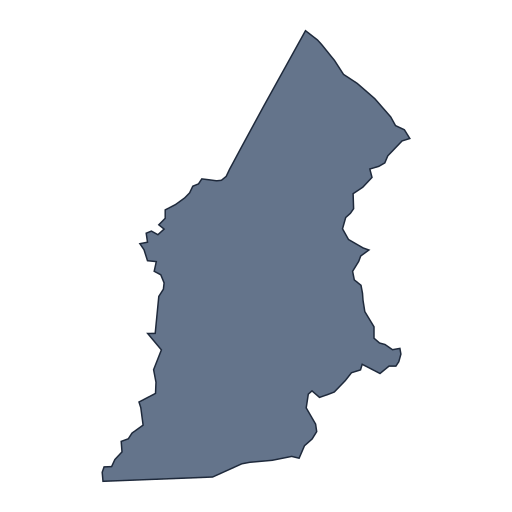 the district of Morro Redondo, Rio Grande do Sul, Brazil
{"feature_id": "56859067B73555987690660", "entity_name": "Morro Redondo", "entity_type": "district", "adm_level": 2, "iso_a3": "BRA", "parent_name": "Brazil", "parent_adm1": "Rio Grande do Sul", "projection": "albers", "projection_center": [-52.634, -31.623], "detail": "fine", "context": "isolated", "style": "filled", "palette": "slate", "viewbox_px": 512, "rotation_deg": 0, "n_neighbors": 0, "source": "geoboundaries", "source_scale": "gbopen_adm2", "svg_char_len": 1540}
<svg xmlns="http://www.w3.org/2000/svg" viewBox="0 0 512 512"><path d="M146.2,233.2L147.5,242.2L139.9,243.7L144.0,249.7L147.5,260.7L156.3,261.6L154.2,271.3L160.8,274.8L164.1,282.9L163.4,289.2L158.8,296.4L155.2,333.4L147.7,333.5L161.4,349.9L153.6,369.7L156.0,382.3L155.5,393.4L139.0,402.0L140.8,407.7L143.1,425.1L132.0,433.1L128.3,438.8L121.2,441.4L122.0,451.9L114.9,459.5L111.6,466.6L104.1,466.9L102.2,472.3L103.0,481.3L212.6,477.0L241.8,463.8L249.7,462.3L259.9,461.4L272.2,460.3L291.7,456.4L299.1,458.2L304.5,445.7L312.1,439.0L316.7,431.6L315.6,424.1L306.2,407.9L308.3,394.1L312.0,390.9L319.5,397.4L328.9,394.1L334.3,392.0L345.2,380.7L351.5,372.7L360.5,369.9L362.2,364.3L380.0,373.5L389.0,366.1L395.9,366.1L398.8,361.7L400.9,354.1L399.9,348.4L392.5,349.7L385.0,344.5L379.5,343.0L374.0,338.2L374.0,326.8L364.8,311.6L363.0,300.2L362.5,293.3L361.0,285.3L354.3,279.9L352.6,271.3L358.7,261.4L360.7,256.0L368.9,250.0L363.0,247.9L348.5,239.5L342.5,228.8L345.7,217.5L350.4,213.3L353.6,208.7L353.1,193.7L362.8,187.2L372.0,177.4L369.8,169.0L378.9,166.3L384.8,162.9L387.8,155.8L402.1,140.9L409.8,138.5L404.4,129.8L395.5,125.6L390.7,116.9L374.8,98.7L357.2,83.4L343.5,74.4L334.4,60.3L330.7,55.8L321.6,44.5L317.5,40.0L305.5,30.7L263.9,105.8L241.0,148.0L234.9,159.4L232.1,164.6L229.6,169.2L226.2,176.4L221.4,180.3L216.6,180.8L208.4,179.7L201.8,178.9L198.5,183.9L192.8,186.2L189.6,192.9L184.7,197.9L175.6,204.5L165.2,209.9L165.2,218.3L158.8,224.8L164.1,229.1L157.9,234.7L151.4,231.1L146.2,233.2Z" fill="#64748b" stroke="#1e293b" stroke-width="1.5"/></svg>